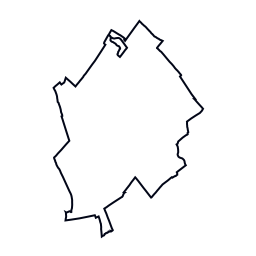 Costisa, Neamt, Romania, rotated 174°
{"feature_id": "2599482B85678098789231", "entity_name": "Costisa", "entity_type": "district", "adm_level": 2, "iso_a3": "ROU", "parent_name": "Romania", "parent_adm1": "Neamt", "projection": "orthographic", "projection_center": [26.644, 46.753], "detail": "fine", "context": "isolated", "style": "outline", "palette": "ink", "viewbox_px": 256, "rotation_deg": 174, "n_neighbors": 0, "source": "geoboundaries", "source_scale": "gbopen_adm2", "svg_char_len": 5465}
<svg xmlns="http://www.w3.org/2000/svg" viewBox="0 0 256 256"><g transform="rotate(174 128 128)"><path d="M143.0,214.8L142.4,213.7L141.8,213.2L147.0,206.7L152.6,199.8L153.9,198.2L156.9,195.0L163.2,187.9L164.4,186.5L166.5,184.6L167.2,183.5L169.5,181.2L170.8,180.0L172.0,178.7L174.4,176.4L175.9,174.8L178.3,177.5L180.6,180.2L182.5,182.2L184.6,184.5L185.3,182.9L186.0,181.3L186.7,179.9L187.8,179.3L189.7,178.2L190.2,178.9L191.1,180.5L193.9,178.5L195.6,177.4L197.8,175.7L197.2,174.0L196.3,171.9L196.2,171.2L195.7,169.3L195.5,168.2L195.3,166.9L195.3,165.5L195.3,164.7L195.2,163.6L195.2,161.9L195.2,161.3L194.4,160.2L194.2,159.0L193.5,156.4L193.0,153.4L192.9,150.8L192.1,148.0L192.1,146.8L192.9,146.5L192.3,143.9L189.6,130.6L187.7,121.4L189.5,119.8L191.4,118.1L194.2,115.5L196.0,113.8L197.1,112.8L199.1,111.1L200.6,109.8L202.1,108.3L203.4,107.2L204.2,106.7L204.6,106.3L204.6,105.6L204.5,105.1L203.9,103.2L203.8,102.1L203.2,100.6L203.1,99.4L202.8,98.4L202.3,97.2L202.0,96.5L201.7,95.8L200.7,94.4L200.0,92.5L199.4,90.3L197.6,85.5L197.6,85.4L193.1,72.0L192.9,71.4L191.9,68.8L191.7,68.1L191.4,66.9L191.3,65.9L191.2,65.2L191.2,64.3L191.1,63.2L191.1,61.9L191.3,60.3L191.5,57.7L191.7,56.4L192.0,54.8L192.2,53.9L192.6,53.0L192.8,52.5L193.0,51.8L193.1,51.1L193.1,50.6L193.1,50.4L193.3,50.3L193.5,50.3L194.0,50.7L194.4,51.2L194.7,51.3L195.0,51.3L196.7,50.7L197.7,50.4L198.1,50.4L198.7,50.8L198.6,50.5L198.6,50.0L198.7,48.6L198.7,47.1L198.8,46.4L198.8,46.1L199.2,44.8L199.3,44.6L199.8,42.6L194.0,42.8L185.8,43.2L177.1,44.0L170.1,44.7L169.7,43.5L169.4,42.1L166.5,43.1L166.2,41.9L166.0,41.0L165.7,39.5L165.5,38.0L165.3,36.7L165.0,35.7L165.0,34.0L165.0,32.8L165.1,31.5L165.3,30.4L165.3,27.8L165.3,27.0L165.4,22.8L164.7,23.2L164.0,23.5L163.4,23.6L163.0,23.8L162.5,24.5L162.4,24.9L162.2,25.1L161.6,25.2L161.3,25.3L161.1,25.5L160.7,25.9L160.2,26.0L159.6,25.9L159.3,26.0L159.1,26.3L158.7,26.4L158.6,26.5L158.3,26.7L158.2,26.8L158.1,27.1L157.9,27.1L157.7,26.9L157.4,27.0L157.2,26.9L157.0,27.0L156.9,27.0L156.8,26.9L156.6,26.9L156.4,27.0L156.3,26.9L156.1,26.9L155.9,26.9L155.9,27.0L155.8,26.9L155.6,26.9L155.1,27.2L154.8,27.4L154.5,27.4L154.1,27.7L153.8,28.0L154.5,29.8L156.5,37.7L157.5,41.1L158.5,45.2L159.4,48.0L160.0,50.3L157.4,51.6L155.4,52.8L151.8,54.7L149.1,56.1L141.4,60.0L141.0,60.1L140.8,60.4L140.5,60.6L140.3,61.0L140.1,61.4L139.9,61.8L139.7,62.1L139.4,62.7L139.1,63.1L138.6,63.7L138.4,63.9L138.2,64.0L138.5,64.1L139.0,64.4L138.4,65.0L137.6,65.8L136.3,67.1L135.7,67.8L134.0,69.5L133.6,70.0L133.2,70.3L132.3,71.3L130.8,73.1L129.6,74.4L129.0,75.0L128.5,75.5L126.0,78.2L125.4,77.4L123.3,74.2L118.7,66.6L116.9,63.8L114.0,59.1L113.0,57.5L112.3,56.4L111.8,56.6L110.2,58.2L108.5,59.8L107.4,60.7L105.8,62.3L104.9,63.2L104.1,63.9L102.4,65.6L101.7,66.2L100.0,67.8L99.6,68.2L95.8,70.5L95.1,70.9L94.1,71.5L92.0,72.9L90.6,73.9L89.5,74.5L89.1,74.0L87.9,74.5L86.6,75.2L86.4,75.2L85.7,75.2L85.1,75.6L84.2,76.3L83.9,76.4L83.8,78.0L84.1,78.9L83.2,79.5L74.4,84.9L74.9,85.9L75.2,87.4L75.3,89.2L75.8,90.5L77.1,92.0L79.9,93.3L80.8,94.2L81.3,95.5L81.4,96.7L80.6,98.6L80.4,101.5L80.5,104.3L81.4,106.6L80.3,107.2L79.5,109.3L74.7,112.7L71.0,114.8L70.2,115.0L69.3,115.5L69.3,116.8L68.5,117.5L68.7,119.8L68.8,122.0L69.0,122.8L68.9,124.1L68.9,125.2L68.9,126.0L68.7,126.9L68.7,128.2L64.1,130.9L59.2,133.4L56.3,134.8L55.0,135.4L54.0,136.3L53.1,137.0L52.6,137.6L51.9,138.5L51.5,139.2L51.4,139.3L52.4,140.8L54.5,143.6L56.6,146.5L58.0,148.5L58.8,149.7L58.9,149.8L58.1,149.8L61.2,154.9L70.6,173.2L70.9,173.8L70.6,174.0L70.2,174.4L69.9,174.6L69.6,175.0L69.9,175.6L70.6,176.6L71.0,177.1L71.5,178.0L72.0,178.7L72.6,179.5L72.9,180.0L73.7,180.9L74.1,181.4L74.5,182.0L75.0,182.6L75.1,182.9L75.3,183.2L76.3,184.9L77.8,187.1L79.7,189.5L82.0,192.9L85.0,197.4L86.4,199.4L87.0,200.3L88.0,201.1L89.0,202.4L90.3,204.0L90.8,204.4L90.8,204.6L89.0,206.5L87.0,208.4L84.4,211.0L85.7,211.8L86.7,212.3L87.4,212.7L88.0,213.4L88.9,213.9L89.6,214.4L90.3,215.0L90.9,215.6L91.4,215.9L91.9,216.1L92.2,216.3L92.4,216.6L92.6,216.9L93.0,217.5L93.3,218.0L93.8,218.5L93.9,218.8L94.0,218.9L94.3,219.2L94.6,219.5L94.9,219.8L95.3,220.5L95.4,220.8L95.5,220.9L95.9,221.4L96.1,221.7L96.3,222.0L96.7,222.5L96.9,222.6L97.4,223.4L97.9,224.0L98.0,224.1L98.7,225.1L99.4,226.1L99.7,226.5L100.7,227.6L101.2,228.0L101.7,228.6L102.2,229.2L103.1,230.1L103.3,230.4L103.7,231.0L104.5,232.0L105.1,232.6L105.5,233.2L106.2,232.4L109.2,229.1L111.4,226.7L112.9,225.0L118.0,219.3L121.8,215.0L122.5,216.1L122.5,216.7L121.9,217.3L123.0,218.5L125.1,220.3L125.9,221.0L126.3,221.3L126.7,221.5L127.6,222.2L129.2,223.4L130.7,224.6L132.4,225.9L134.3,227.1L136.5,224.1L137.3,222.9L137.7,222.4L136.8,221.9L136.2,221.5L135.3,219.9L133.4,218.7L132.2,218.4L130.6,218.6L128.3,218.6L127.2,218.2L126.0,217.1L124.7,215.0L122.9,211.9L121.3,209.1L120.6,207.9L121.4,207.0L122.7,205.8L124.4,203.9L127.7,200.4L128.4,199.7L128.6,199.5L129.2,200.1L129.9,200.8L130.4,201.4L130.7,201.9L130.8,202.3L130.6,202.9L130.0,203.7L129.9,204.4L129.7,204.9L129.4,205.2L129.0,205.7L128.7,206.2L128.5,206.6L128.2,207.1L127.8,207.4L127.9,207.7L127.5,208.2L127.8,209.1L128.1,209.7L128.5,210.3L129.0,210.5L129.6,210.8L130.2,211.2L130.5,211.4L131.1,212.3L131.5,213.1L131.9,213.4L132.5,213.8L133.0,214.2L133.5,214.7L133.9,215.0L134.3,215.1L134.9,215.4L135.5,215.9L136.0,216.5L136.3,217.2L136.2,217.7L135.9,218.6L135.8,219.3L135.7,219.9L135.8,220.4L135.8,220.6L136.1,221.1L136.3,221.4L137.3,222.1L138.1,222.2L139.8,219.8L142.6,215.8L142.7,215.5L143.0,214.8Z" fill="none" stroke="#020617" stroke-width="2"/></g></svg>